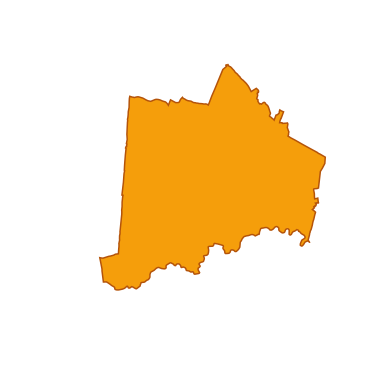 Costuleni, Iasi, Romania, rotated 141°
{"feature_id": "2599482B11377043097002", "entity_name": "Costuleni", "entity_type": "district", "adm_level": 2, "iso_a3": "ROU", "parent_name": "Romania", "parent_adm1": "Iasi", "projection": "albers", "projection_center": [27.868, 47.006], "detail": "fine", "context": "isolated", "style": "filled", "palette": "amber", "viewbox_px": 384, "rotation_deg": 141, "n_neighbors": 0, "source": "geoboundaries", "source_scale": "gbopen_adm2", "svg_char_len": 5978}
<svg xmlns="http://www.w3.org/2000/svg" viewBox="0 0 384 384"><g transform="rotate(141 192 192)"><path d="M317.5,177.8L315.1,176.0L314.6,174.8L313.6,171.5L313.4,170.2L312.4,167.6L312.3,167.0L312.3,166.4L312.9,165.3L313.0,165.0L313.0,164.6L312.6,163.9L312.1,163.3L310.5,162.0L307.2,160.3L305.7,159.8L304.7,159.6L301.9,159.7L301.7,159.6L301.4,159.0L301.7,158.1L301.7,157.5L301.6,157.2L301.0,156.7L300.4,156.5L299.4,156.4L298.6,156.5L298.3,156.3L297.7,155.2L296.7,152.5L296.3,151.9L295.8,151.7L291.5,151.6L290.4,152.6L289.7,152.8L288.8,153.5L288.6,153.5L288.1,153.4L286.1,152.1L285.2,151.8L282.9,151.9L281.2,151.4L280.3,151.5L278.6,152.1L277.7,153.0L276.7,154.3L274.8,155.5L274.1,155.6L270.8,155.0L267.8,155.2L266.3,154.9L265.3,154.3L263.8,151.7L261.9,149.7L261.2,149.3L260.5,149.2L259.8,149.4L258.7,150.9L257.8,151.3L254.1,150.8L253.2,150.5L252.9,150.1L252.1,148.2L251.9,147.6L251.9,146.3L251.5,145.4L251.0,145.1L250.1,145.5L249.0,145.5L248.1,145.0L247.4,144.2L247.2,143.8L247.1,142.9L247.2,141.8L247.8,140.6L247.8,140.2L247.5,139.8L246.6,139.5L246.0,139.2L245.4,138.2L245.1,137.5L245.0,137.0L245.1,136.2L245.6,135.2L245.7,134.5L244.0,132.5L243.4,130.8L243.1,130.4L241.6,129.5L241.4,128.9L241.9,127.0L241.6,126.4L238.4,124.6L237.5,124.3L236.8,124.6L236.4,127.0L236.2,127.7L236.0,128.1L235.1,128.9L233.2,128.9L232.4,129.2L232.2,129.6L232.0,131.3L231.9,131.6L231.6,131.8L230.6,132.0L228.9,131.6L227.7,131.0L226.7,130.9L224.5,132.3L224.0,133.0L223.5,134.6L223.0,135.0L222.7,134.9L220.6,133.7L219.7,133.5L218.7,133.6L217.1,134.8L215.6,136.4L214.3,138.7L213.9,139.1L213.6,139.2L212.4,138.6L210.4,137.1L209.8,136.8L208.6,137.1L207.5,137.9L206.9,137.9L204.9,135.7L202.5,132.4L201.6,130.9L201.6,130.5L202.0,129.8L203.0,129.2L203.4,128.7L203.6,127.9L203.6,126.0L204.7,124.0L204.8,123.4L204.7,123.1L203.7,122.3L201.8,121.1L200.5,121.2L199.7,121.6L198.9,122.2L198.4,122.3L197.3,121.9L196.2,120.4L196.0,118.7L195.6,118.3L194.9,117.9L192.1,118.1L190.1,118.8L189.5,119.1L186.2,122.5L185.6,122.8L184.3,123.1L182.8,123.9L180.4,124.5L179.4,124.5L177.2,123.6L175.3,122.5L172.9,121.7L171.8,120.9L171.1,120.0L170.5,118.1L167.5,117.4L167.1,117.5L166.5,116.9L166.1,117.1L164.5,118.6L161.7,120.3L160.8,120.1L159.3,119.2L157.8,118.5L156.8,117.8L156.1,117.1L155.5,115.7L155.3,114.6L155.3,113.4L154.4,112.5L153.4,112.2L152.5,112.1L149.4,112.5L148.7,112.3L148.0,111.9L147.6,111.4L147.4,110.8L147.3,109.3L148.3,108.0L148.5,107.5L148.6,106.9L147.9,104.1L147.5,103.4L147.1,103.0L146.2,102.6L145.6,102.5L144.9,102.7L143.3,103.7L142.4,103.9L141.3,103.6L140.5,102.9L140.3,101.9L140.6,101.0L143.1,98.1L143.1,97.4L142.9,97.0L142.5,96.6L141.3,96.6L139.8,97.3L138.8,97.5L137.9,97.4L136.9,97.0L135.3,96.8L134.2,96.8L133.5,95.5L133.6,94.8L133.9,94.3L133.5,93.9L133.3,93.1L133.3,91.3L133.1,90.5L132.1,87.8L132.2,86.6L132.4,86.0L132.9,85.4L133.3,85.2L135.0,85.2L136.3,85.5L137.3,85.3L140.2,83.7L141.3,82.6L141.3,82.1L140.8,81.0L140.1,80.7L138.3,81.0L136.2,81.8L135.6,81.9L133.7,81.5L132.8,81.0L132.4,80.2L132.3,79.5L132.4,78.9L132.7,78.5L132.4,78.8L132.2,79.5L132.1,80.9L132.1,81.5L127.6,84.8L126.5,85.9L125.8,86.2L125.1,86.9L122.7,88.1L119.0,90.8L118.4,91.4L116.4,93.0L114.5,94.2L110.4,97.4L109.0,98.3L108.7,98.6L109.1,101.2L109.5,102.6L106.8,102.7L106.8,103.7L106.7,103.9L105.9,103.9L105.4,103.5L105.0,103.9L104.9,103.9L104.6,103.4L104.3,103.4L103.9,103.9L103.5,104.0L103.1,104.6L102.9,104.6L103.0,105.6L102.2,105.2L102.1,104.9L101.5,104.8L100.9,104.0L100.5,104.0L100.4,104.4L98.1,108.1L99.3,108.6L101.0,109.5L99.6,111.6L98.1,113.5L97.3,114.9L96.5,116.5L96.0,117.3L95.5,117.7L94.7,117.4L92.7,116.0L91.2,115.5L79.3,127.2L75.6,128.5L70.8,130.6L66.5,135.2L68.7,141.0L69.5,142.6L69.6,143.5L75.8,158.6L79.3,167.6L81.1,171.8L82.2,175.0L80.7,176.0L80.1,176.8L78.9,177.7L78.5,179.1L77.4,182.1L74.7,184.5L74.4,185.6L75.6,186.3L78.4,188.3L78.6,188.5L78.4,189.0L79.3,190.0L80.3,190.7L79.3,191.6L76.8,193.2L76.6,193.0L70.4,196.7L71.6,198.9L72.1,200.5L73.4,199.7L74.5,198.5L76.9,198.3L78.3,198.9L82.9,196.2L82.9,197.2L83.3,198.5L83.6,200.5L84.1,201.9L84.0,202.3L83.7,202.5L81.7,203.6L81.3,204.1L81.0,205.2L79.5,208.9L78.9,210.8L78.9,211.6L78.9,212.3L79.2,213.3L79.3,214.0L79.1,214.6L79.1,215.4L79.3,216.1L80.2,216.6L82.8,216.6L83.3,217.6L84.0,217.9L84.0,218.9L83.7,221.1L82.7,222.0L82.7,222.3L83.0,223.2L82.9,223.9L80.2,225.7L79.7,226.6L79.5,227.4L79.2,227.6L78.1,227.6L78.1,228.1L77.5,227.8L77.3,227.9L76.8,228.5L76.4,229.4L76.6,230.3L76.7,232.0L76.9,232.1L82.8,232.8L81.7,238.3L81.6,239.1L81.5,242.0L82.0,246.9L82.4,248.2L82.5,249.8L82.6,250.1L82.3,251.3L82.6,253.6L82.5,254.9L83.1,257.8L82.9,260.0L83.1,262.4L83.1,263.6L83.3,265.0L84.0,266.3L84.1,267.0L83.9,267.9L83.9,268.4L84.7,268.4L85.1,269.1L85.8,269.3L86.1,268.9L86.1,267.9L90.9,267.8L109.2,257.8L116.3,254.1L123.1,250.1L124.7,249.4L124.9,250.4L125.7,251.6L127.4,252.9L128.7,254.4L131.0,256.5L131.4,257.2L132.4,258.1L133.6,259.7L134.2,260.1L134.8,261.1L135.6,263.2L137.6,265.4L138.5,266.9L139.1,268.7L139.9,270.4L139.8,271.6L141.7,271.4L142.8,271.1L145.3,269.9L146.5,270.2L148.4,271.7L150.7,277.1L155.8,274.3L155.6,275.7L155.7,277.7L156.0,278.8L157.7,281.3L158.8,283.5L160.0,285.1L161.2,286.3L162.3,287.0L167.0,288.4L168.8,290.6L169.7,292.4L171.1,295.9L173.5,299.4L174.2,300.1L175.4,300.8L177.5,301.8L178.1,302.8L178.7,303.3L180.1,305.5L181.6,304.3L183.8,301.9L187.7,297.3L191.0,294.5L193.0,292.2L195.1,290.1L196.3,289.2L197.2,287.8L198.1,287.0L206.3,277.8L209.3,273.6L212.5,270.9L212.3,270.6L212.6,270.0L213.3,269.5L214.2,268.5L214.6,268.8L216.0,268.0L215.9,267.3L220.6,262.6L227.4,255.4L231.0,251.4L230.9,251.0L233.3,249.0L239.3,242.6L248.4,233.7L247.7,232.9L249.0,231.8L252.7,228.1L255.6,224.6L258.1,222.1L259.0,220.8L260.6,218.9L272.8,206.6L273.1,206.3L273.4,205.8L274.5,204.6L275.8,203.6L278.0,201.0L278.4,200.3L281.3,197.9L282.1,196.7L282.6,196.2L283.4,195.2L284.2,194.5L288.1,190.3L290.7,191.9L292.6,192.2L295.6,193.5L297.2,194.4L302.8,196.6L304.0,197.8L305.0,199.0L310.4,188.8L311.6,187.3L317.5,177.8Z" fill="#f59e0b" stroke="#b45309" stroke-width="1.5"/></g></svg>